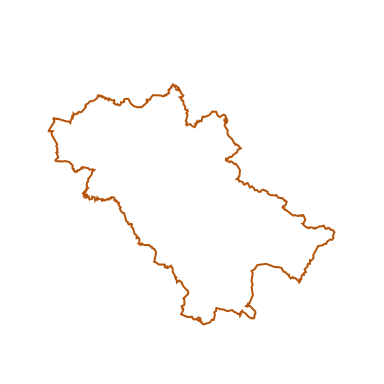 the district of Coalcomán de Vázquez Pallares, Michoacán, Mexico, rotated 146°
{"feature_id": "50627088B67136120570022", "entity_name": "Coalcomán de Vázquez Pallares", "entity_type": "district", "adm_level": 2, "iso_a3": "MEX", "parent_name": "Mexico", "parent_adm1": "Michoacán", "projection": "robinson", "projection_center": [-103.069, 18.673], "detail": "fine", "context": "isolated", "style": "outline", "palette": "amber", "viewbox_px": 384, "rotation_deg": 146, "n_neighbors": 0, "source": "geoboundaries", "source_scale": "gbopen_adm2", "svg_char_len": 6041}
<svg xmlns="http://www.w3.org/2000/svg" viewBox="0 0 384 384"><g transform="rotate(146 192 192)"><path d="M96.4,79.0L96.5,81.4L98.4,83.6L98.2,84.6L99.2,86.3L100.7,86.1L101.8,86.8L101.6,90.5L104.1,91.1L105.3,92.2L109.4,92.6L110.3,93.7L110.9,93.1L112.6,95.8L114.3,96.4L114.6,97.2L115.5,96.9L116.5,98.1L117.6,100.6L118.1,104.1L117.0,103.7L113.4,105.8L112.7,110.6L113.6,111.3L114.2,110.8L115.2,111.3L116.0,112.7L117.4,112.7L119.9,115.5L121.3,115.8L124.1,124.5L124.8,124.9L125.1,126.2L124.4,126.8L125.6,128.5L124.4,129.3L121.8,128.7L118.9,131.1L119.9,133.7L120.3,133.6L120.4,136.3L123.6,138.9L123.8,142.4L124.8,142.5L129.0,145.9L130.1,148.6L129.2,150.0L131.7,154.1L133.4,154.5L134.7,153.8L136.7,154.9L137.0,157.2L139.0,158.4L138.6,160.5L139.2,163.3L141.4,163.3L140.9,168.4L142.7,169.0L144.0,168.5L144.9,169.4L144.4,171.7L145.8,173.9L146.9,174.2L146.3,176.8L147.6,177.6L144.0,178.5L140.0,183.3L139.7,187.8L140.0,190.9L141.2,191.5L141.7,193.9L142.7,195.8L143.4,195.7L143.0,196.5L143.6,196.0L144.6,196.5L146.2,199.4L144.9,200.7L144.0,199.4L141.4,200.2L140.3,199.1L139.2,199.0L137.6,199.7L132.4,199.8L130.5,201.5L127.2,200.9L128.0,206.1L129.7,206.9L129.2,208.1L129.7,208.8L129.2,213.5L130.2,217.5L130.2,220.1L128.0,223.1L127.9,228.5L127.1,229.7L124.1,230.3L122.6,231.6L123.0,232.2L125.4,232.0L125.1,233.7L122.3,233.8L122.6,234.4L121.6,236.1L122.1,238.2L122.8,238.5L127.1,238.7L128.0,240.8L127.1,245.0L130.2,247.3L134.9,246.0L139.6,247.2L140.9,248.6L144.7,245.4L146.2,247.1L147.2,246.3L148.3,247.0L148.3,247.7L149.5,247.0L149.5,246.3L151.4,246.7L151.3,245.3L153.6,244.3L154.9,246.5L155.5,249.3L159.2,250.3L158.9,251.6L157.3,252.4L157.5,254.2L152.5,258.5L152.7,260.4L150.5,261.1L150.0,262.7L150.9,263.0L151.4,264.8L150.0,266.1L149.9,269.6L148.3,272.4L149.4,274.1L148.5,275.4L149.1,277.3L146.4,276.4L145.3,276.8L145.8,280.2L145.2,282.1L147.6,285.6L146.1,285.6L145.0,284.5L144.8,285.6L146.0,289.2L147.3,288.3L147.6,291.8L150.7,290.8L150.7,290.1L154.0,289.9L153.9,289.2L155.0,288.9L155.4,287.1L156.4,286.6L157.4,287.3L159.3,286.5L160.4,287.7L161.6,287.1L162.9,287.8L163.9,289.5L170.2,294.1L174.1,293.0L174.6,292.2L177.4,292.4L177.6,294.8L177.8,293.6L178.7,292.9L178.1,292.1L178.7,291.4L186.5,290.5L188.2,292.0L189.3,292.1L192.3,295.9L193.3,299.7L192.7,304.6L193.1,305.2L196.0,306.8L197.3,306.0L197.8,304.6L199.8,305.2L200.5,306.1L202.8,304.2L204.2,304.8L204.7,306.6L206.2,306.8L207.1,309.5L205.8,310.2L205.2,311.7L206.7,312.3L208.3,315.4L209.5,314.8L209.3,316.1L210.2,315.9L210.5,317.6L211.8,317.7L211.4,318.7L212.2,320.4L213.1,320.3L213.8,321.5L213.1,322.0L214.2,323.3L215.2,323.3L215.3,324.3L216.1,324.7L217.4,323.2L219.7,322.7L223.6,322.9L225.8,324.3L228.8,323.5L230.3,323.9L232.0,323.3L231.7,322.7L232.7,321.7L238.7,320.1L239.9,320.4L241.3,321.9L243.1,320.8L243.9,321.7L245.1,321.5L246.3,322.4L246.4,323.3L247.7,321.6L248.5,322.2L249.8,321.0L249.3,320.4L249.7,319.8L252.3,319.3L254.3,317.3L254.6,319.1L257.1,321.3L262.6,328.1L262.9,327.8L264.8,329.5L265.1,331.3L265.3,330.3L266.2,329.9L266.0,328.9L266.8,327.3L276.3,323.1L276.8,322.5L273.5,320.3L275.3,319.7L276.3,317.5L277.1,306.9L278.8,306.1L279.1,303.8L279.9,302.3L280.6,302.2L281.1,300.2L282.5,300.4L283.4,295.6L287.4,294.8L287.6,293.9L284.8,291.4L284.0,291.4L282.7,289.9L280.2,288.8L277.1,285.7L276.1,280.8L277.8,278.7L277.1,277.4L278.0,276.9L277.6,273.8L276.3,274.1L276.0,273.2L274.4,274.0L273.3,273.0L270.7,273.8L269.9,272.8L269.0,273.9L264.8,269.9L264.5,267.9L261.8,266.4L260.7,265.0L263.5,264.7L265.1,262.8L269.1,261.2L270.1,261.4L272.5,258.7L273.4,258.8L275.4,256.8L275.6,255.5L276.6,254.8L276.0,253.4L278.6,253.3L278.7,252.3L280.0,252.4L280.3,251.4L281.5,251.0L281.7,252.2L283.2,251.9L283.2,249.6L284.2,248.8L282.6,248.2L281.9,249.5L280.7,248.4L283.2,246.7L281.9,246.2L280.7,246.8L280.1,245.9L281.0,244.7L281.0,242.9L278.7,242.3L277.3,244.0L275.8,242.1L276.9,239.5L275.8,240.2L275.2,238.6L273.6,240.4L273.0,238.0L270.3,236.1L271.5,235.4L271.3,234.8L269.8,235.1L269.2,233.8L267.8,234.0L267.2,233.2L265.7,233.5L264.8,232.0L263.4,232.8L262.5,231.9L261.5,232.8L259.6,230.8L261.0,228.5L259.8,227.9L260.3,226.9L259.5,226.7L259.2,225.6L259.7,224.7L258.6,223.7L260.1,222.4L259.8,219.0L261.0,218.7L261.6,216.2L261.3,213.8L260.1,212.4L262.7,204.7L262.0,202.9L262.7,201.5L262.3,200.1L260.8,200.1L259.8,198.7L261.7,197.2L261.2,194.5L263.0,189.6L262.2,187.1L263.7,184.7L261.9,184.5L262.1,182.0L264.3,179.3L265.1,179.2L264.3,178.4L264.5,177.2L263.7,177.4L263.3,176.7L262.2,177.2L262.2,176.0L260.7,174.3L257.2,172.0L256.9,170.1L255.9,168.9L256.5,167.6L255.0,166.0L255.5,162.0L262.4,155.2L261.1,153.6L260.3,150.7L255.2,147.0L256.4,145.0L254.9,144.4L255.8,144.0L255.0,142.7L250.6,142.6L251.0,139.2L252.8,136.1L252.8,133.0L253.5,131.6L252.8,130.0L254.0,129.8L254.1,127.0L255.0,125.5L252.2,125.8L251.6,124.6L251.1,122.4L251.7,121.1L251.8,117.5L250.7,111.8L252.3,109.6L258.5,108.5L258.2,107.9L260.5,103.8L262.0,102.6L264.3,103.1L265.3,100.6L264.5,100.2L265.5,98.9L269.4,96.7L265.8,91.1L261.6,88.3L262.2,87.1L261.7,85.3L258.8,84.0L256.9,84.4L255.7,82.7L256.3,81.5L258.7,82.2L257.4,79.5L256.7,79.2L257.2,78.4L256.8,76.0L250.2,73.8L246.9,75.0L245.5,73.8L241.9,77.2L240.7,79.9L238.9,79.7L236.6,82.2L233.4,78.3L231.5,77.0L229.4,73.5L224.7,71.6L224.3,69.4L222.6,67.1L222.3,65.4L220.9,64.4L221.5,62.4L219.8,63.3L219.1,65.0L216.9,65.4L217.2,64.7L215.5,61.3L214.9,57.0L213.5,54.1L212.5,54.0L211.7,52.7L210.2,53.3L208.5,55.6L207.4,55.7L206.3,57.8L207.8,65.6L210.1,66.1L211.0,67.1L208.0,67.5L207.8,68.2L206.4,67.8L199.1,72.5L195.8,79.9L193.4,81.3L192.4,85.0L187.3,90.4L186.8,93.2L183.6,92.9L178.6,94.9L170.6,90.9L165.5,83.7L161.6,80.7L160.2,78.8L160.7,74.7L159.4,73.4L158.9,70.3L157.9,69.1L158.6,68.4L158.6,65.2L155.9,65.0L155.8,63.7L154.5,62.8L153.5,59.0L153.8,57.1L151.9,57.7L151.4,59.4L150.2,58.7L148.2,61.0L146.2,61.7L145.6,60.8L144.2,62.3L142.4,61.9L141.8,65.0L137.7,65.7L137.2,66.9L135.8,67.6L134.3,66.5L132.4,69.5L131.8,68.5L128.5,69.1L126.7,71.9L117.5,76.7L113.5,74.8L110.9,74.9L109.8,74.0L107.2,75.4L103.9,75.3L102.5,74.0L100.2,74.9L99.6,76.9L96.4,79.0Z" fill="none" stroke="#b45309" stroke-width="2"/></g></svg>